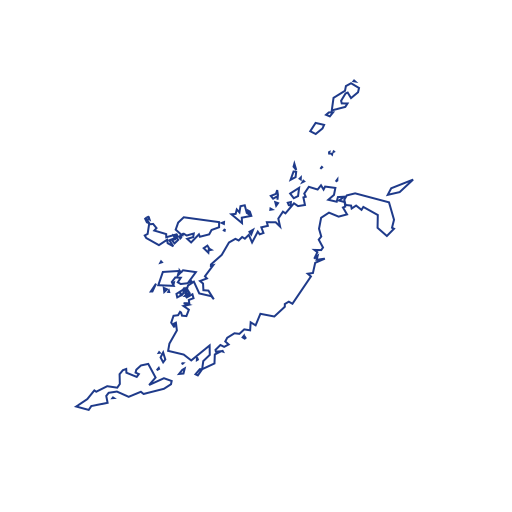 outline of Maluku Tenggara Barat, Maluku, Indonesia, rotated 17°
{"feature_id": "22746128B78864950196660", "entity_name": "Maluku Tenggara Barat", "entity_type": "district", "adm_level": 2, "iso_a3": "IDN", "parent_name": "Indonesia", "parent_adm1": "Maluku", "projection": "robinson", "projection_center": [131.235, -7.5], "detail": "fine", "context": "isolated", "style": "outline", "palette": "blue", "viewbox_px": 512, "rotation_deg": 17, "n_neighbors": 0, "source": "geoboundaries", "source_scale": "gbopen_adm2", "svg_char_len": 6204}
<svg xmlns="http://www.w3.org/2000/svg" viewBox="0 0 512 512"><g transform="rotate(17 256 256)"><path d="M312.0,167.7L301.8,169.4L301.2,172.7L297.5,169.4L295.5,174.4L286.3,174.4L283.9,182.2L286.2,184.8L284.2,186.1L287.9,192.9L281.6,196.0L276.9,194.5L271.7,206.6L268.8,205.7L266.4,213.7L270.4,220.8L265.0,218.0L256.5,220.5L258.5,223.7L252.7,227.0L256.4,231.8L253.2,234.2L250.6,232.2L248.3,244.2L242.9,237.9L240.3,242.7L237.2,241.9L234.9,246.2L231.3,245.6L226.2,251.0L222.9,265.0L215.4,277.3L216.0,279.6L216.3,278.2L217.8,277.3L213.1,290.3L215.6,291.8L209.8,296.3L213.4,297.8L215.7,304.1L220.6,303.0L228.3,309.7L225.0,307.5L212.7,308.4L204.1,298.7L199.6,304.2L199.6,313.1L200.5,308.4L203.5,311.0L201.3,316.5L206.4,311.2L208.6,314.6L204.6,317.7L206.0,320.7L200.6,322.3L206.0,322.3L201.3,325.0L207.5,327.0L207.0,333.8L202.7,334.7L200.9,332.0L199.7,331.6L198.8,335.4L194.6,337.3L194.4,344.5L198.8,348.1L197.4,344.6L198.9,343.2L202.1,350.3L198.8,365.1L199.7,372.4L215.7,371.4L224.6,374.8L237.8,355.1L240.7,364.1L236.3,371.9L237.6,380.0L247.7,370.9L245.4,362.2L250.6,357.2L245.6,359.2L244.7,357.6L248.0,351.5L252.1,352.2L255.7,348.6L251.6,346.7L252.4,342.6L258.0,336.2L262.9,335.3L266.2,329.6L272.1,328.8L270.3,321.0L275.9,322.4L277.1,310.0L291.2,308.5L298.4,296.1L297.6,293.5L300.7,290.1L304.8,291.0L314.5,259.5L310.7,257.8L315.4,255.6L314.6,245.2L322.6,238.4L315.1,241.9L314.9,237.9L312.5,241.5L313.6,234.4L310.1,233.1L316.6,231.3L317.6,228.3L311.2,222.0L312.7,218.3L308.3,211.5L307.1,200.4L313.1,193.2L323.5,194.2L330.9,189.6L325.0,184.2L326.9,182.7L325.0,178.5L319.1,178.7L323.3,173.4L317.1,175.7L317.3,180.5L308.7,181.1L312.7,174.8L312.0,167.7ZM184.5,390.7L178.0,394.3L174.8,399.7L174.9,402.7L178.5,403.2L177.3,406.5L166.2,405.5L164.9,402.0L162.1,404.1L160.1,408.9L163.2,418.2L161.8,422.5L151.8,424.0L142.9,432.5L140.7,431.8L136.5,442.2L128.1,452.5L141.0,452.1L142.4,447.6L157.0,439.8L153.7,433.6L155.1,429.9L162.6,426.3L175.4,427.9L185.6,419.5L188.8,420.8L206.8,409.9L212.2,403.5L211.9,400.2L203.7,399.8L191.5,410.6L195.5,401.6L184.5,390.7ZM367.5,165.8L332.5,167.1L325.1,171.5L324.0,176.4L326.7,181.0L332.2,180.0L333.6,182.6L337.0,178.5L343.4,181.0L344.3,177.7L360.5,181.2L364.0,193.5L375.3,198.6L380.0,189.6L377.8,189.2L377.4,181.0L367.5,165.8ZM210.8,234.4L175.6,240.1L171.8,246.8L171.5,254.3L178.5,257.5L179.8,256.0L180.4,255.8L183.7,256.7L189.9,252.7L190.4,256.3L185.2,259.7L190.0,262.0L195.1,252.0L196.7,254.0L204.9,249.0L205.9,244.1L212.3,239.3L210.8,234.4ZM203.2,289.0L190.4,291.0L186.9,297.4L186.8,292.8L171.6,298.5L171.1,312.5L186.1,308.6L183.1,305.5L185.1,300.1L190.4,298.8L188.9,304.0L192.2,304.8L198.7,302.0L203.2,289.0ZM148.2,255.4L144.5,257.0L145.9,266.6L143.6,268.9L145.8,270.9L160.0,274.0L166.2,266.5L167.8,269.6L174.1,270.9L168.5,266.3L173.1,262.8L171.1,260.2L175.5,260.1L173.7,258.5L164.7,264.3L163.7,261.3L151.3,261.4L152.7,258.4L148.2,255.4ZM296.4,63.0L292.3,67.2L292.8,72.0L283.9,82.1L285.9,94.6L297.8,87.3L298.9,83.4L293.4,85.0L292.0,82.7L294.1,74.4L295.9,72.9L300.7,77.2L305.7,69.6L305.4,65.2L296.4,63.0ZM230.4,210.8L226.6,212.9L227.4,219.1L224.0,217.1L224.2,221.7L220.3,223.3L233.0,228.6L231.2,223.5L239.8,219.0L237.1,215.3L235.3,214.9L236.8,218.1L234.6,217.5L230.4,210.8ZM374.7,152.9L383.9,137.0L365.5,151.7L364.1,159.0L374.7,152.9ZM282.8,110.7L274.1,111.3L271.4,120.8L277.4,121.9L282.3,114.6L282.8,110.7ZM278.7,186.4L277.3,178.2L270.4,186.3L275.2,189.7L278.7,186.4ZM269.8,163.7L267.2,164.2L266.8,173.0L270.8,169.0L269.8,163.7ZM195.4,375.4L194.4,380.9L198.3,384.8L199.5,381.4L195.4,375.4ZM206.5,260.3L203.7,263.8L209.5,266.8L208.6,262.1L206.5,260.3ZM259.1,191.1L257.0,186.8L256.9,190.8L252.6,194.2L255.6,196.2L259.1,192.5L260.1,195.9L259.1,191.1ZM196.5,309.1L191.0,315.5L192.8,318.6L195.7,315.7L193.9,313.1L196.6,314.9L197.7,312.3L196.5,309.1ZM174.3,261.3L173.8,263.7L170.8,265.3L174.4,267.8L176.9,263.3L174.3,261.3ZM220.7,384.4L218.8,386.5L216.9,391.3L221.0,389.6L220.7,384.4ZM287.7,96.1L283.7,97.4L281.7,100.5L285.8,100.9L287.7,96.1ZM269.3,161.9L265.7,156.5L265.8,159.6L269.3,161.9ZM245.5,231.8L242.7,234.8L245.1,236.8L245.5,231.8ZM235.3,387.2L237.6,380.1L235.4,380.6L232.7,386.8L235.3,387.2ZM180.7,313.9L177.2,313.5L178.8,317.2L180.7,313.9ZM273.6,194.2L270.8,195.8L272.5,197.8L274.4,197.5L273.6,194.2ZM167.3,320.2L168.5,311.7L165.8,320.7L167.3,320.2ZM144.4,255.9L139.7,251.9L139.1,252.8L141.8,255.7L144.4,255.9ZM213.6,234.4L215.9,234.7L215.5,232.9L213.6,234.4ZM267.7,336.0L267.0,337.7L268.4,338.1L267.7,336.0ZM261.6,199.0L258.7,198.9L260.6,202.0L261.6,199.0ZM211.4,263.2L209.1,262.7L210.1,263.9L211.4,263.2ZM177.7,258.2L177.3,260.3L178.5,261.3L179.1,260.1L177.7,258.2ZM194.5,394.2L196.3,392.3L195.7,391.5L194.5,394.2ZM188.6,293.4L187.3,292.4L187.7,293.7L188.6,293.4ZM257.8,206.8L256.0,206.4L256.2,207.6L257.8,206.8ZM296.3,137.5L295.9,135.0L295.5,135.4L296.3,137.5ZM230.7,372.0L229.2,370.2L229.9,372.9L230.7,372.0ZM218.6,241.0L218.4,239.3L217.8,240.9L218.6,241.0ZM276.4,169.7L275.9,167.8L275.1,169.3L276.4,169.7ZM270.6,337.9L269.4,336.9L269.3,337.6L270.6,337.9ZM298.2,60.3L299.8,60.1L298.5,59.5L298.2,60.3ZM166.5,290.4L167.8,289.5L166.8,288.9L166.5,290.4ZM196.6,308.0L198.1,308.4L196.7,307.8L196.6,308.0ZM280.2,170.6L279.3,170.2L278.9,171.8L280.2,170.6ZM311.7,160.1L311.4,159.0L310.5,161.5L311.7,160.1ZM183.5,315.8L182.9,314.8L182.6,316.0L183.5,315.8ZM201.0,300.0L202.2,299.4L201.4,298.9L201.0,300.0ZM179.8,257.7L179.9,256.2L179.2,257.6L179.8,257.7ZM161.6,433.4L160.6,433.1L160.3,433.9L161.6,433.4ZM298.1,136.3L299.1,136.8L299.0,135.6L298.1,136.3ZM200.9,314.6L200.1,313.9L199.6,315.0L200.9,314.6ZM198.0,308.1L199.2,307.7L198.4,307.2L198.0,308.1ZM185.3,305.4L184.7,306.0L185.4,306.6L185.3,305.4ZM299.4,134.1L300.1,133.4L299.7,133.2L299.4,134.1ZM201.5,312.9L201.6,310.8L201.2,312.8L201.5,312.9ZM292.1,153.8L293.3,151.8L292.9,151.6L292.1,153.8ZM198.2,310.0L198.7,309.7L199.1,308.4L198.2,310.0ZM142.1,250.2L141.5,250.0L141.3,250.2L142.3,250.4L142.7,251.9L143.4,252.1L142.1,250.2ZM198.6,311.0L199.5,309.8L199.0,309.5L198.6,311.0ZM217.7,379.9L217.0,380.1L216.9,381.2L217.7,379.9ZM192.2,376.7L191.5,376.3L191.3,377.1L192.2,376.7ZM252.4,357.1L251.8,356.5L250.8,357.1L252.4,357.1ZM142.0,250.6L140.7,250.7L142.1,250.7L142.0,250.6Z" fill="none" stroke="#1e3a8a" stroke-width="2"/></g></svg>